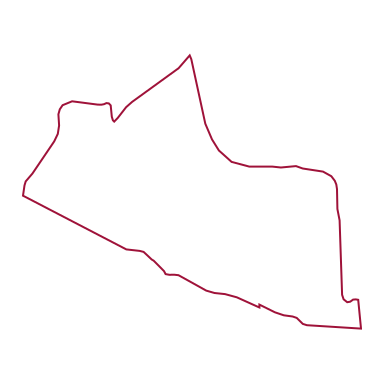 outline of Yogyakarta
{"feature_id": "IDN-540", "entity_name": "Yogyakarta", "entity_type": "Special region", "adm_level": 1, "iso_a3": "IDN", "parent_name": "Indonesia", "parent_adm1": "", "projection": "albers", "projection_center": [110.472, -7.88], "detail": "fine", "context": "isolated", "style": "outline", "palette": "rose", "viewbox_px": 384, "rotation_deg": 0, "n_neighbors": 0, "source": "natural_earth", "source_scale": "10m", "svg_char_len": 1000}
<svg xmlns="http://www.w3.org/2000/svg" viewBox="0 0 384 384"><path d="M361.0,328.6L306.9,325.2L302.8,323.9L296.7,317.9L292.6,316.5L283.8,315.3L274.9,312.3L259.4,304.6L259.4,307.5L236.8,297.3L225.0,294.1L214.5,293.0L206.2,290.6L178.5,275.2L174.1,274.7L169.4,274.8L165.6,274.1L164.0,271.1L153.7,260.7L151.7,259.5L143.6,251.9L139.7,250.9L126.3,249.4L23.0,195.7L24.5,185.4L25.7,181.4L32.4,173.6L54.2,141.4L57.8,133.9L59.1,125.5L58.4,114.3L59.8,109.3L62.6,105.2L72.1,101.3L97.6,104.6L101.3,104.7L104.0,104.2L106.4,103.1L108.8,103.4L110.7,105.4L111.8,116.7L112.9,120.3L114.2,121.6L117.7,118.0L126.1,107.2L132.1,101.9L178.6,68.2L189.7,55.4L191.3,59.2L205.3,123.7L212.0,139.4L218.9,150.5L231.6,161.9L249.3,166.6L272.3,166.6L280.9,167.5L296.0,166.1L302.7,168.5L323.0,171.6L331.3,176.2L334.8,180.8L336.3,184.5L337.0,189.1L337.4,209.0L339.6,220.4L342.1,294.8L343.6,299.3L347.2,302.2L350.2,301.7L353.1,299.6L355.8,299.4L358.2,299.8L361.0,328.5L361.0,328.6Z" fill="none" stroke="#9f1239" stroke-width="2"/></svg>